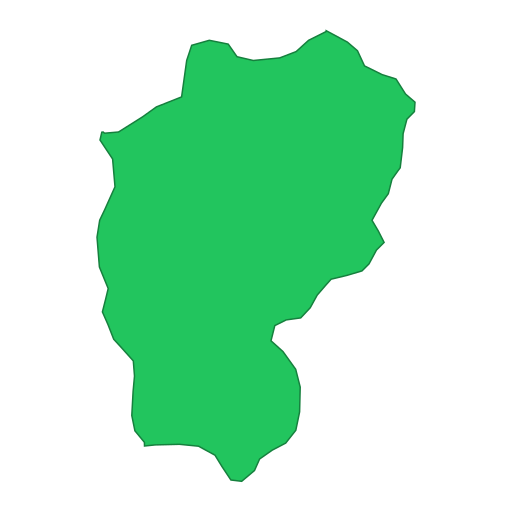 Heby, Västmanland, Sweden (orthographic projection)
{"feature_id": "70781695B62242352773373", "entity_name": "Heby", "entity_type": "district", "adm_level": 2, "iso_a3": "SWE", "parent_name": "Sweden", "parent_adm1": "Västmanland", "projection": "orthographic", "projection_center": [17.041, 60.088], "detail": "fine", "context": "isolated", "style": "filled", "palette": "green", "viewbox_px": 512, "rotation_deg": 0, "n_neighbors": 0, "source": "geoboundaries", "source_scale": "gbopen_adm2", "svg_char_len": 1165}
<svg xmlns="http://www.w3.org/2000/svg" viewBox="0 0 512 512"><path d="M189.2,52.9L186.7,60.4L181.6,96.9L156.4,106.9L142.5,116.9L118.5,132.0L104.6,133.2L103.1,132.0L101.8,132.2L100.0,140.0L112.6,159.0L115.0,186.8L104.8,209.5L99.7,220.2L97.0,237.2L99.4,267.0L108.2,288.5L105.6,299.3L102.4,311.9L108.0,324.6L113.7,339.2L121.3,347.5L133.3,360.9L134.5,376.1L133.1,391.4L131.8,415.5L134.9,430.8L144.4,442.3L144.5,446.0L155.2,444.9L179.4,444.3L198.5,446.2L215.0,455.2L222.0,466.6L230.9,480.0L241.7,481.3L254.5,470.5L259.6,459.0L272.3,450.1L285.7,443.1L287.9,440.3L295.8,430.3L299.6,411.9L300.2,387.1L295.7,369.3L283.0,351.6L271.0,340.8L274.8,325.6L286.2,319.9L300.7,317.9L310.2,307.8L317.2,295.1L325.4,285.6L331.1,279.2L346.9,275.4L362.0,270.9L369.0,263.9L376.5,250.0L384.1,242.4L378.3,231.0L372.0,220.3L381.4,203.2L388.3,193.7L392.0,179.2L397.8,171.0L400.2,167.8L402.6,147.6L403.1,133.7L406.9,119.2L414.4,111.6L415.0,102.2L405.5,94.0L396.0,79.0L382.1,74.6L364.5,65.9L357.5,50.8L347.4,42.1L326.2,30.7L326.2,31.5L308.6,40.3L296.1,51.6L279.7,57.9L253.3,60.5L237.0,56.7L228.2,44.1L209.3,40.3L191.7,45.3L189.2,52.9Z" fill="#22c55e" stroke="#15803d" stroke-width="1.5"/></svg>